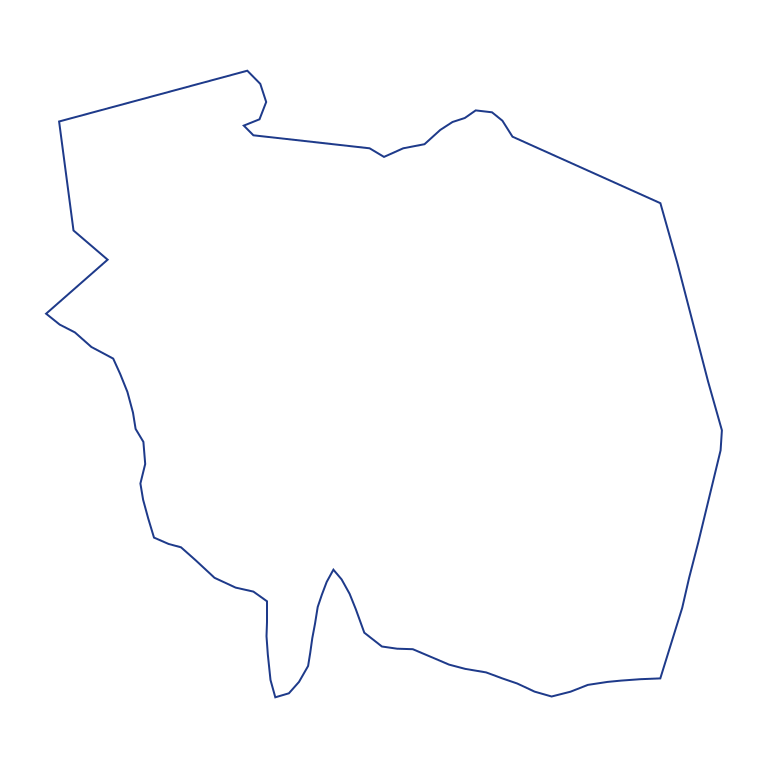 the district of Anadia, Alagoas, Brazil
{"feature_id": "56859067B99757854432451", "entity_name": "Anadia", "entity_type": "district", "adm_level": 2, "iso_a3": "BRA", "parent_name": "Brazil", "parent_adm1": "Alagoas", "projection": "orthographic", "projection_center": [-36.324, -9.663], "detail": "fine", "context": "isolated", "style": "outline", "palette": "blue", "viewbox_px": 768, "rotation_deg": 0, "n_neighbors": 0, "source": "geoboundaries", "source_scale": "gbopen_adm2", "svg_char_len": 1163}
<svg xmlns="http://www.w3.org/2000/svg" viewBox="0 0 768 768"><path d="M660.4,203.2L512.5,136.7L502.4,120.7L492.0,112.3L475.7,110.4L464.8,118.0L452.5,122.0L440.3,129.9L424.5,144.2L403.2,148.3L384.0,156.9L369.6,148.3L253.4,135.3L243.8,125.6L259.5,119.3L266.2,102.0L260.3,83.9L247.3,70.7L59.1,121.5L73.5,230.5L107.6,259.7L46.1,313.7L59.7,324.6L74.9,332.4L91.4,347.0L113.2,358.6L120.2,374.0L127.4,391.9L133.0,412.7L135.6,428.9L143.4,441.9L145.2,464.0L140.4,483.5L143.1,499.7L148.2,518.4L154.0,537.6L168.7,544.0L181.0,547.3L195.9,560.5L214.5,577.8L235.6,587.6L253.4,591.6L267.0,601.3L267.0,622.2L266.5,636.2L267.8,654.3L270.5,680.0L275.3,697.3L288.9,693.3L299.0,681.9L308.1,666.0L310.2,653.0L312.3,638.1L315.0,623.8L317.7,607.0L321.9,594.6L326.7,581.9L333.4,569.7L341.6,579.4L349.6,593.8L355.8,609.2L364.3,632.7L381.9,646.5L397.1,648.7L412.8,649.2L429.3,656.2L449.0,664.6L465.3,668.9L486.1,672.4L502.3,678.4L517.2,683.5L534.5,691.6L551.6,696.5L570.5,691.7L587.8,684.9L607.6,681.9L621.1,680.6L640.3,679.2L660.3,678.4L682.2,607.9L689.1,577.9L698.4,541.9L720.6,450.3L721.9,430.3L708.1,381.6L677.5,263.7L660.4,203.2Z" fill="none" stroke="#1e3a8a" stroke-width="2"/></svg>